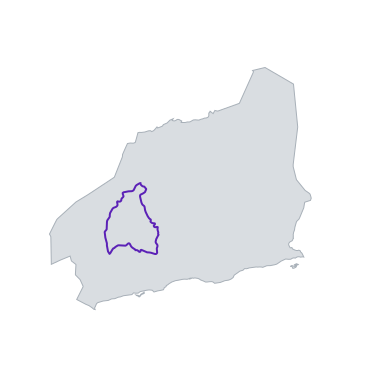 Ha'il highlighted on a map of Saudi Arabia, rotated 286°
{"feature_id": "SAU-847", "entity_name": "Ha'il", "entity_type": "Region", "adm_level": 1, "iso_a3": "SAU", "parent_name": "Saudi Arabia", "parent_adm1": "", "projection": "natural_earth1", "projection_center": [41.874, 27.094], "detail": "fine", "context": "in_parent", "style": "outline", "palette": "violet", "viewbox_px": 384, "rotation_deg": 286, "n_neighbors": 0, "source": "natural_earth", "source_scale": "10m", "svg_char_len": 6756}
<svg xmlns="http://www.w3.org/2000/svg" viewBox="0 0 384 384"><g transform="rotate(286 192 192)"><path d="M283.6,275.7L246.2,281.7L244.2,282.3L232.6,289.0L224.7,300.3L222.9,305.6L221.9,306.5L220.3,307.5L218.9,308.3L216.6,308.2L213.9,304.1L213.2,303.2L212.6,303.2L207.6,303.8L197.1,302.6L195.4,302.3L193.1,301.0L192.5,300.7L191.9,300.6L186.5,300.6L183.8,301.0L181.2,300.8L178.5,301.1L177.6,301.6L176.5,301.6L175.9,302.1L175.3,302.3L174.6,301.9L173.8,302.0L172.6,301.6L171.8,300.7L171.0,299.9L170.2,299.5L169.3,299.2L168.6,299.2L167.6,299.7L167.0,300.2L165.5,301.7L165.5,302.3L166.1,303.2L165.9,303.6L165.0,304.2L164.8,305.6L164.6,306.4L164.5,308.3L164.9,309.9L165.4,310.4L165.5,311.1L165.2,312.4L164.4,312.8L163.8,314.0L163.4,314.6L162.8,315.2L160.3,317.4L160.1,316.1L159.3,314.3L159.3,312.9L158.9,311.6L158.2,310.6L156.9,309.5L156.8,308.1L155.9,306.6L154.6,305.5L153.9,303.3L153.4,300.5L150.2,296.8L146.1,293.4L144.8,291.4L142.8,287.5L141.8,284.3L139.1,280.8L139.0,279.4L138.6,277.7L137.9,275.8L137.6,274.3L134.8,267.9L134.0,266.8L133.2,265.4L133.0,264.2L132.8,263.6L130.9,262.6L129.1,259.8L123.7,255.5L121.1,255.1L119.0,253.5L117.4,251.5L115.8,248.0L112.9,244.2L110.5,238.9L111.3,237.0L111.3,235.6L110.5,233.3L109.7,231.5L109.2,229.8L109.6,227.4L109.8,224.7L110.3,223.2L110.6,221.7L110.2,218.5L109.4,216.8L109.5,215.7L108.6,215.1L107.8,213.9L108.6,213.9L107.2,212.2L106.7,211.2L106.2,208.9L105.5,207.1L103.4,203.1L102.3,200.7L100.0,197.5L97.5,195.2L95.9,194.1L95.1,193.1L93.8,193.1L92.4,191.7L91.4,191.7L90.1,191.4L88.7,188.8L87.5,186.3L85.4,183.0L85.9,182.2L86.6,180.8L86.3,179.0L86.0,177.7L85.1,175.5L82.1,169.9L81.3,169.1L80.0,168.2L79.2,165.8L78.9,163.6L76.8,162.5L73.4,154.7L71.4,152.0L70.6,150.2L68.2,147.2L67.1,144.2L64.7,141.4L62.7,136.6L59.6,131.8L58.3,131.0L55.0,130.6L53.6,130.3L52.3,131.3L52.2,130.0L53.1,128.1L54.4,124.3L54.8,120.9L56.9,110.8L70.8,113.4L71.5,113.2L77.0,108.5L80.0,103.1L80.7,102.6L90.1,100.5L90.4,100.3L92.3,95.5L92.5,95.2L92.8,94.9L96.8,92.5L90.4,84.4L83.7,76.7L109.9,68.7L110.3,68.5L112.3,66.6L123.7,68.7L128.2,69.6L129.6,70.3L150.4,83.2L160.6,92.6L184.7,113.2L185.1,113.3L206.6,115.4L208.9,114.9L214.8,115.7L220.8,116.6L222.0,119.0L222.4,120.7L222.8,122.3L224.0,123.8L229.0,123.8L234.1,123.7L234.9,125.2L235.2,126.7L236.7,130.2L238.6,133.0L239.1,134.0L239.5,135.5L239.1,136.1L239.0,136.7L240.5,138.3L242.9,139.5L243.8,139.9L244.9,140.4L244.1,141.3L245.5,143.3L247.2,145.4L248.9,145.9L251.4,149.0L255.0,151.0L257.2,153.7L256.3,153.4L255.5,153.1L255.3,153.4L255.3,154.5L255.6,155.8L256.7,157.0L257.7,157.8L258.1,159.3L257.4,162.6L257.1,162.6L256.6,162.3L256.1,162.3L255.8,162.4L256.5,164.8L257.1,166.7L258.0,168.1L258.6,170.2L259.2,171.1L261.6,173.4L262.3,175.3L263.0,178.8L264.5,180.7L265.3,182.2L266.4,183.5L267.1,185.3L268.1,186.6L268.6,186.9L269.4,187.1L270.3,187.1L271.4,186.7L272.6,186.4L273.5,187.1L274.5,187.0L274.6,187.6L274.0,188.5L273.2,190.7L274.4,191.0L275.5,191.2L276.2,191.5L276.7,191.5L276.7,192.0L276.8,194.0L277.1,194.8L290.3,213.1L324.4,218.0L324.6,218.0L325.5,216.7L331.8,227.9L323.7,259.8L283.6,275.7ZM149.3,311.9L150.3,312.0L149.9,311.5L149.8,311.3L150.3,310.5L151.8,312.1L151.7,313.8L151.6,314.2L151.2,313.9L150.9,313.5L150.8,313.1L150.4,312.6L149.0,312.9L148.1,312.4L146.8,310.9L146.4,309.9L147.0,309.6L147.5,309.1L147.9,308.3L147.6,307.4L148.3,307.5L148.8,308.4L148.8,310.5L148.9,310.9L148.7,311.4L149.3,311.9ZM81.8,174.0L81.4,174.0L80.5,173.0L80.0,172.2L79.4,171.6L76.9,170.6L76.6,169.9L77.0,169.2L77.2,169.9L77.7,170.3L79.8,171.2L82.1,173.4L82.5,173.5L81.8,174.0ZM77.8,168.8L77.7,169.0L77.1,168.5L77.2,167.2L77.6,166.5L77.6,167.5L77.8,168.4L77.8,168.8Z" fill="#d9dde1" stroke="#a8b0b8" stroke-width="1"/><path d="M181.9,147.2L181.6,147.2L180.7,147.0L179.3,146.9L179.0,146.8L178.4,146.4L176.7,144.9L175.8,143.8L175.3,143.4L175.0,143.2L174.7,143.1L174.4,143.1L174.1,143.1L173.8,143.2L173.1,143.4L168.1,146.2L167.2,146.9L166.5,147.5L166.0,148.2L165.5,149.5L165.3,149.8L165.0,150.2L164.6,150.5L161.6,151.9L160.0,153.0L156.5,156.1L154.9,158.0L154.6,158.7L154.3,159.3L154.3,159.6L154.1,159.9L153.8,160.1L153.2,160.2L152.9,160.2L152.6,160.2L152.3,160.2L152.0,160.4L151.8,160.6L151.5,161.3L151.3,161.9L151.2,162.3L151.2,162.6L151.2,162.9L151.5,164.2L151.5,164.4L151.5,164.6L151.5,164.9L151.3,165.1L151.0,165.2L150.7,165.2L150.4,165.1L149.4,164.7L149.2,164.6L148.9,164.6L148.6,164.8L148.2,165.2L148.0,165.6L148.0,165.9L148.0,166.3L148.1,166.6L148.7,167.9L148.8,168.1L148.8,168.3L148.8,168.6L148.5,168.8L148.2,168.9L146.9,169.0L146.5,169.2L146.0,169.4L143.9,170.7L143.4,170.8L142.6,170.9L142.1,171.1L141.6,171.6L140.5,171.3L136.8,170.6L134.5,170.7L134.1,170.8L133.6,171.0L133.3,171.2L133.0,171.5L132.0,172.8L131.7,173.1L131.5,173.3L131.2,173.5L130.8,173.6L130.5,173.7L129.9,173.8L128.4,173.7L127.7,173.8L124.4,175.1L124.1,175.2L123.8,175.2L123.5,175.1L123.2,175.0L123.0,174.9L122.8,174.8L122.6,174.5L122.4,174.2L122.3,173.9L122.2,173.4L122.3,169.2L122.1,167.6L121.7,165.8L121.6,165.5L121.7,165.0L122.4,159.6L122.4,159.3L122.3,159.0L122.0,158.7L121.7,158.7L121.0,158.8L120.7,158.8L120.4,158.7L120.2,158.4L120.0,158.1L120.0,157.7L120.2,157.2L120.7,156.3L120.7,156.1L120.9,155.5L120.9,155.1L120.8,154.7L120.8,154.4L120.5,153.7L121.0,153.2L121.2,152.7L122.0,150.2L122.4,149.3L123.0,148.4L124.6,146.9L124.9,146.6L125.1,146.3L125.2,146.0L125.3,145.6L125.2,145.3L124.9,144.9L124.6,144.6L123.0,143.7L122.5,143.3L122.3,143.1L122.1,142.8L122.0,142.5L120.6,136.3L120.4,135.9L120.3,135.6L119.5,134.8L117.9,133.4L117.1,133.0L116.7,132.7L116.5,132.4L116.4,132.3L116.1,131.9L115.6,131.7L114.9,131.4L110.7,130.3L110.4,130.1L110.1,130.0L109.9,129.7L111.4,128.0L111.7,127.7L112.0,127.5L117.0,125.0L119.3,124.3L124.2,121.3L129.2,119.2L129.4,119.1L130.3,119.3L131.8,120.0L132.5,120.2L132.8,120.2L139.8,118.5L140.8,118.4L141.3,118.4L141.7,118.5L144.9,119.6L145.4,119.7L145.7,119.7L146.1,119.6L147.7,119.2L149.1,119.1L149.4,119.1L153.9,120.2L154.5,120.5L154.8,120.7L155.1,120.9L156.7,123.0L157.1,123.3L157.5,123.6L158.2,123.9L158.7,124.0L159.1,123.9L159.5,123.8L159.9,123.7L160.9,123.1L161.3,122.9L161.7,122.8L162.1,122.8L162.4,123.0L162.5,123.1L162.6,124.4L162.7,124.6L162.8,125.0L163.0,125.5L163.3,125.8L163.7,126.1L164.1,126.2L164.4,126.3L165.7,126.1L166.2,126.2L166.5,126.3L168.0,127.1L168.5,127.3L168.8,127.3L169.1,127.3L169.6,127.0L171.2,125.9L171.5,125.8L172.0,125.7L172.3,125.9L172.6,126.1L172.9,126.4L175.1,130.7L176.2,133.9L176.7,134.6L177.0,134.9L177.4,135.2L177.8,135.4L178.2,135.5L182.2,136.2L182.7,136.4L183.3,136.8L183.6,137.0L185.8,139.1L186.1,139.5L186.3,140.0L185.6,140.3L185.4,140.5L184.9,140.9L184.6,141.3L184.3,142.0L184.0,142.5L183.9,143.0L183.9,143.3L183.9,143.6L183.9,144.0L184.0,144.5L183.6,145.3L182.5,146.8L182.4,147.0L182.1,147.1L181.9,147.2Z" fill="none" stroke="#5b21b6" stroke-width="2"/></g></svg>